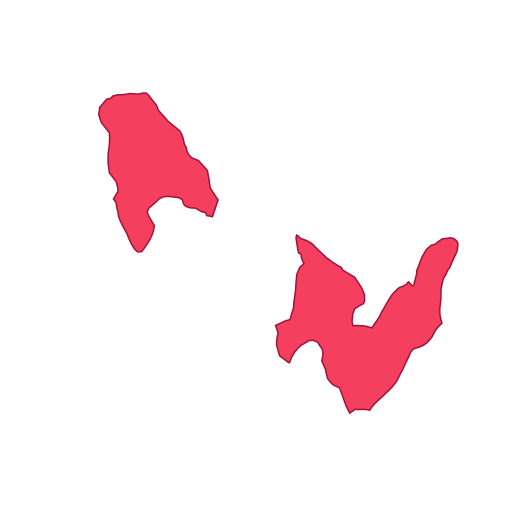 the district of Hajjah, Hajjah, Yemen, rotated 20°
{"feature_id": "15242507B46820158657484", "entity_name": "Hajjah", "entity_type": "district", "adm_level": 2, "iso_a3": "YEM", "parent_name": "Yemen", "parent_adm1": "Hajjah", "projection": "equal_earth", "projection_center": [43.581, 15.658], "detail": "fine", "context": "isolated", "style": "filled", "palette": "rose", "viewbox_px": 512, "rotation_deg": 20, "n_neighbors": 0, "source": "geoboundaries", "source_scale": "gbopen_adm2", "svg_char_len": 6131}
<svg xmlns="http://www.w3.org/2000/svg" viewBox="0 0 512 512"><g transform="rotate(20 256 256)"><path d="M324.1,344.4L324.0,343.9L324.1,338.9L325.0,333.9L326.7,328.7L328.8,324.5L331.6,321.3L334.8,317.3L337.1,316.3L338.9,315.6L341.2,315.8L343.6,316.0L346.8,318.6L350.3,321.1L352.4,325.0L353.8,332.3L355.3,333.8L356.9,335.4L359.7,338.4L360.2,338.9L362.4,342.6L365.2,346.7L369.0,349.1L372.5,350.7L379.7,351.4L392.4,366.6L397.8,371.6L401.7,366.1L403.4,365.7L407.2,364.3L411.1,362.8L414.8,362.0L415.6,362.0L416.4,358.5L418.0,354.3L419.7,350.7L421.6,347.2L423.4,343.8L425.1,340.1L426.9,336.6L428.6,332.8L430.0,328.8L431.2,324.7L431.5,321.9L431.6,320.4L432.1,316.0L432.7,311.9L432.9,309.5L433.1,307.2L433.9,298.9L434.1,294.1L435.4,290.0L438.0,287.6L440.9,285.5L443.8,282.7L446.0,279.6L447.7,275.8L449.1,271.6L449.6,267.2L450.4,263.1L451.9,259.4L453.2,256.6L453.7,255.5L450.8,251.5L448.6,247.6L446.9,243.2L445.7,238.4L444.5,233.4L442.9,228.6L442.6,227.9L441.3,224.3L440.4,218.9L439.8,213.3L440.7,208.6L440.8,208.4L441.0,204.0L441.9,201.3L442.4,193.5L442.9,187.8L443.3,182.7L442.1,177.0L441.2,174.8L439.8,173.4L435.9,171.9L432.2,172.5L428.8,174.4L425.3,176.1L422.6,179.7L420.4,183.5L417.0,186.0L416.9,186.0L414.2,191.0L413.8,191.9L412.4,199.7L412.2,205.8L412.2,209.6L412.0,214.7L412.2,214.9L412.2,215.4L412.5,215.7L412.7,216.3L412.8,217.1L413.0,217.8L413.1,218.4L413.2,219.4L413.3,220.0L413.3,221.0L413.5,221.8L413.5,222.7L413.7,223.4L413.7,224.3L413.7,225.4L413.9,225.8L413.9,226.2L413.9,226.6L413.9,227.1L414.0,227.5L414.1,228.2L414.1,229.0L414.2,229.6L414.1,230.0L413.4,230.2L413.0,230.3L412.6,230.3L410.6,229.3L409.7,229.1L408.8,228.2L408.1,228.1L407.6,229.0L407.5,230.1L406.9,231.4L404.3,234.3L403.8,234.6L403.3,235.0L402.9,235.4L402.5,235.9L401.9,236.2L401.5,236.7L401.1,237.3L400.8,237.7L400.5,238.3L400.0,239.1L399.7,239.8L399.3,240.9L399.0,241.1L398.8,241.7L398.6,242.1L398.3,242.6L398.2,243.0L397.9,243.7L397.8,244.3L397.5,244.7L397.2,245.5L397.0,246.3L396.8,246.7L396.7,247.1L396.6,247.8L396.4,248.6L396.3,249.3L396.3,249.6L396.1,250.0L395.8,251.2L395.8,251.6L395.6,252.0L395.7,252.6L395.5,253.0L395.4,253.8L395.2,254.3L395.2,254.8L395.0,255.6L394.7,256.8L394.7,257.6L394.4,259.2L394.2,260.2L394.1,261.2L394.0,261.8L393.8,262.3L393.8,262.7L393.7,263.4L393.5,264.2L393.5,264.7L393.2,265.1L393.2,265.7L393.1,266.3L393.1,267.2L393.0,268.0L393.0,268.6L392.8,269.1L392.8,269.5L392.7,270.0L392.7,270.5L392.7,271.0L392.5,271.6L392.4,272.3L392.4,272.7L392.1,273.3L392.0,273.9L391.8,274.7L391.7,275.4L391.5,276.0L391.3,276.8L391.2,277.6L390.9,278.0L390.8,278.4L390.7,278.8L390.7,279.2L390.5,279.7L390.3,280.2L390.2,280.8L390.2,281.2L390.0,281.7L390.0,282.1L389.7,282.9L389.6,283.9L389.0,284.0L387.9,284.0L387.6,284.0L387.3,284.0L386.8,284.2L385.3,284.2L384.4,284.2L383.1,284.5L382.0,284.8L381.5,284.8L381.2,284.9L380.0,284.9L379.4,285.3L379.1,285.6L378.5,285.7L378.1,285.9L377.5,286.0L376.7,286.1L376.2,286.3L375.6,286.5L375.3,286.6L374.8,286.6L374.2,287.0L373.9,287.0L373.6,287.2L373.2,287.2L372.9,287.4L372.6,287.8L372.3,287.8L371.9,288.1L371.3,288.4L370.7,287.7L370.2,287.2L370.0,286.9L369.8,286.4L369.4,285.9L369.0,285.4L368.7,284.6L368.5,284.0L368.3,283.5L368.1,282.6L367.8,282.2L367.8,281.8L368.0,280.8L367.7,280.0L367.1,279.4L367.1,278.8L366.9,278.3L366.8,277.9L366.8,276.3L366.8,275.8L366.8,274.6L366.8,274.0L366.9,273.5L366.8,273.1L366.8,272.6L367.1,271.5L367.9,270.3L368.7,269.5L369.2,268.8L369.7,268.1L370.2,267.4L370.8,266.8L371.1,266.4L371.9,265.6L372.1,265.3L372.3,265.0L372.7,264.7L373.3,263.9L373.5,261.4L371.3,255.4L366.2,249.8L356.0,242.2L342.6,239.7L340.0,237.6L339.5,237.5L339.0,237.5L338.4,237.4L337.7,237.3L337.3,237.3L336.7,237.1L336.3,237.1L335.8,237.0L335.3,236.8L335.0,236.8L334.4,236.6L334.1,236.5L333.7,236.4L333.1,236.4L332.8,236.2L332.2,236.1L331.8,236.0L331.4,235.9L330.8,235.8L330.4,235.6L329.8,235.5L329.4,235.4L328.1,235.1L326.9,234.6L326.4,234.6L325.2,234.1L324.8,234.1L323.6,233.8L322.9,233.5L321.7,233.1L321.2,232.8L320.6,232.4L319.8,232.2L319.4,231.9L318.5,231.7L317.9,231.5L317.5,231.2L316.8,231.0L316.2,230.7L315.4,230.4L315.0,230.1L314.5,230.0L313.6,229.6L313.1,229.3L312.6,229.1L311.9,228.7L311.5,228.7L310.7,228.1L310.1,228.0L309.5,227.7L308.9,227.4L308.3,227.2L308.0,227.0L307.3,226.6L306.7,226.2L306.3,226.2L305.9,226.0L305.4,225.8L304.6,225.4L304.2,225.3L303.9,225.1L303.5,225.1L303.2,224.9L302.8,225.0L302.2,224.9L301.8,224.8L301.4,224.8L300.6,224.5L300.2,224.5L299.9,224.5L299.5,224.3L299.1,224.3L298.6,224.2L296.4,224.2L296.0,224.2L295.6,224.1L295.2,224.2L294.0,224.2L292.9,224.2L292.2,224.2L291.5,224.2L288.3,222.6L287.0,222.5L287.4,225.3L293.0,235.5L295.1,238.6L296.8,238.8L298.1,239.4L298.9,241.6L302.1,245.4L303.4,246.1L303.1,248.0L301.8,250.1L301.2,250.9L300.9,253.7L300.6,259.1L301.9,264.3L305.1,275.6L307.3,286.0L309.0,292.1L309.3,299.4L309.7,303.6L308.3,305.4L306.8,306.0L302.5,310.2L298.1,314.5L302.0,319.5L303.0,320.4L303.7,325.6L305.5,332.2L312.3,341.7L323.4,345.1L324.1,344.4ZM95.2,141.1L93.4,141.9L90.1,144.1L86.5,145.2L82.6,146.2L79.0,148.2L75.1,150.2L70.4,152.1L66.7,154.7L65.7,157.3L62.0,159.8L58.3,169.8L59.9,177.0L65.0,183.5L76.1,190.4L78.1,195.2L79.6,199.7L80.1,201.7L80.8,204.3L81.8,209.4L83.4,214.3L85.1,218.9L85.2,219.3L87.4,223.4L89.8,228.0L99.3,234.1L102.9,239.4L104.2,242.9L102.5,251.0L102.7,251.4L103.5,251.8L106.2,253.7L108.4,257.7L111.0,261.5L113.3,265.8L116.5,269.5L119.9,272.8L123.1,275.7L126.8,278.9L129.8,282.2L132.7,285.3L135.7,288.1L139.6,291.1L143.3,292.6L147.1,291.0L148.4,286.6L149.7,281.6L150.7,276.7L151.1,271.8L151.0,266.9L150.1,262.2L146.4,259.2L141.6,255.2L138.7,251.9L138.9,247.9L143.3,239.9L145.3,235.7L148.2,232.4L152.0,230.4L155.6,229.4L159.4,228.5L163.6,227.6L167.4,228.2L170.1,231.9L173.2,233.4L177.9,233.2L182.8,231.7L186.5,232.4L190.5,233.0L193.4,232.3L196.1,234.9L199.7,234.2L201.6,234.0L201.2,216.3L190.0,208.0L187.7,204.1L185.6,200.0L183.2,196.0L181.0,192.2L169.4,186.0L162.2,185.7L158.6,184.1L155.5,181.4L153.0,177.6L150.5,175.5L147.4,170.5L144.7,167.3L141.8,164.6L127.2,159.4L118.3,154.5L114.5,152.5L110.8,148.2L107.1,146.1L103.8,144.0L100.6,141.9L97.0,140.4L95.2,141.1Z" fill="#f43f5e" stroke="#9f1239" stroke-width="1.5"/></g></svg>